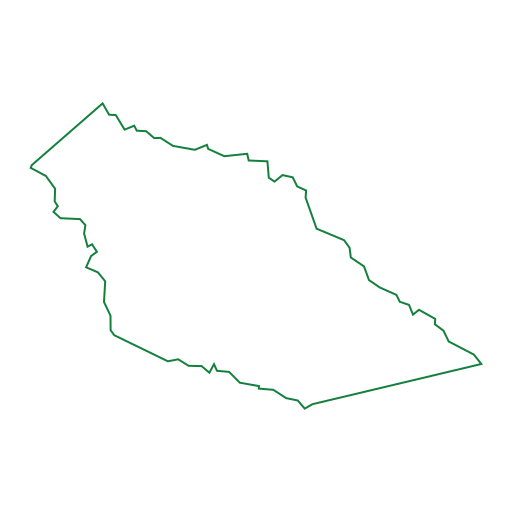 Angelina, Texas, United States of America (Robinson projection)
{"feature_id": "52423323B89498799122377", "entity_name": "Angelina", "entity_type": "district", "adm_level": 2, "iso_a3": "USA", "parent_name": "United States of America", "parent_adm1": "Texas", "projection": "robinson", "projection_center": [-94.635, 31.277], "detail": "fine", "context": "isolated", "style": "outline", "palette": "green", "viewbox_px": 512, "rotation_deg": 0, "n_neighbors": 0, "source": "geoboundaries", "source_scale": "gbopen_adm2", "svg_char_len": 1082}
<svg xmlns="http://www.w3.org/2000/svg" viewBox="0 0 512 512"><path d="M114.2,335.2L167.9,361.3L178.2,359.3L188.6,365.8L201.6,366.1L209.4,372.7L214.0,364.2L217.0,370.8L229.1,371.9L239.8,382.7L259.0,386.1L258.8,388.6L273.3,389.8L286.1,398.1L297.8,400.5L304.7,408.6L312.4,404.2L481.3,364.0L473.9,354.6L448.7,341.5L443.5,330.7L434.9,324.3L435.2,318.9L419.0,309.8L413.0,314.6L409.0,304.9L399.8,301.8L396.4,294.9L379.8,287.5L369.0,280.1L364.0,266.4L350.8,257.5L349.6,247.8L344.1,240.2L316.6,228.7L305.6,197.6L306.1,190.5L297.2,186.4L292.7,177.3L282.5,175.1L274.5,181.6L268.8,177.7L267.4,161.3L248.7,160.5L247.2,153.8L224.3,156.2L208.2,148.9L206.9,144.9L194.8,149.8L173.0,145.9L160.5,137.9L154.2,138.1L146.2,131.2L136.8,130.7L134.2,125.7L124.6,129.6L115.8,115.1L109.1,114.7L102.6,103.4L31.8,165.1L30.7,167.9L45.9,176.0L55.1,188.7L54.7,201.4L57.8,206.2L53.5,211.9L60.5,218.2L80.0,219.1L85.4,225.2L84.1,233.6L87.6,246.7L92.0,244.3L96.9,251.8L91.1,256.0L86.1,267.3L98.0,272.4L105.2,281.3L104.0,302.0L110.5,315.7L110.6,330.1L114.2,335.2Z" fill="none" stroke="#15803d" stroke-width="2"/></svg>